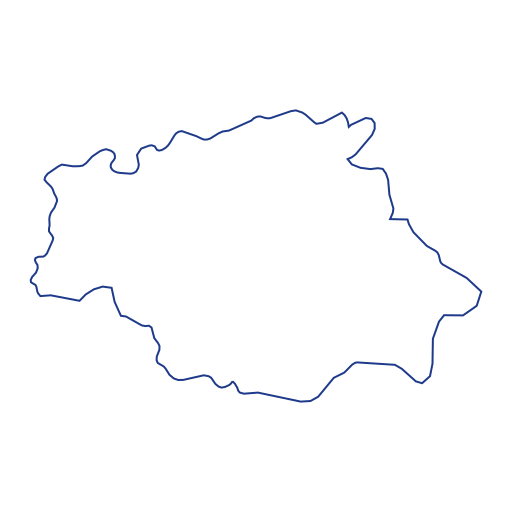 map outline of Gers (Robinson projection)
{"feature_id": "FRA-5294", "entity_name": "Gers", "entity_type": "Metropolitan department", "adm_level": 1, "iso_a3": "FRA", "parent_name": "France", "parent_adm1": "", "projection": "robinson", "projection_center": [0.302, 43.692], "detail": "fine", "context": "isolated", "style": "outline", "palette": "blue", "viewbox_px": 512, "rotation_deg": 0, "n_neighbors": 0, "source": "natural_earth", "source_scale": "10m", "svg_char_len": 2548}
<svg xmlns="http://www.w3.org/2000/svg" viewBox="0 0 512 512"><path d="M145.5,326.1L141.7,325.4L126.0,316.5L120.9,315.8L114.6,301.8L111.6,287.8L102.7,286.6L93.9,289.3L85.8,294.4L79.5,300.8L50.7,295.3L40.4,296.1L38.1,293.3L37.3,291.5L36.4,286.9L35.5,285.0L31.0,282.3L30.7,280.0L32.1,277.0L36.0,272.6L37.7,268.3L37.5,265.1L35.8,262.4L34.9,260.0L35.5,258.1L38.4,256.8L43.3,256.6L44.9,255.7L47.0,253.3L52.7,240.4L53.2,238.0L52.2,235.7L50.4,233.4L49.0,231.3L49.0,228.7L49.6,225.3L49.3,219.2L49.7,216.1L51.0,212.6L54.5,207.6L57.0,201.1L56.8,198.7L55.7,196.2L54.3,193.7L52.6,189.0L51.1,186.7L46.5,182.2L44.5,179.7L45.2,176.9L47.7,173.7L58.3,166.4L61.9,164.6L72.9,166.3L78.9,166.2L82.7,165.6L86.2,163.1L92.2,156.5L99.8,151.3L102.9,150.0L106.2,149.2L110.8,150.7L113.0,152.1L114.5,154.0L114.9,156.1L114.9,158.1L113.9,159.9L111.5,162.9L110.7,165.0L110.8,167.3L112.0,169.4L113.4,170.7L115.0,171.6L117.4,172.5L119.9,172.9L130.5,173.7L133.3,173.2L136.1,171.6L138.2,168.0L138.8,164.7L137.0,155.0L139.8,150.7L141.2,148.6L149.3,145.6L151.7,145.3L154.7,146.3L157.0,149.9L159.1,150.6L161.9,150.0L165.6,147.8L168.1,145.4L169.9,142.9L174.6,135.2L176.3,133.2L178.8,131.7L181.8,131.1L196.2,136.1L202.1,138.9L204.2,139.6L207.1,139.5L210.3,138.5L218.3,133.5L222.6,131.5L228.9,130.6L251.3,120.6L253.9,118.2L257.1,116.7L260.3,116.4L264.7,117.8L267.4,118.3L270.2,118.2L291.1,111.1L295.9,110.4L302.2,112.5L305.5,114.6L314.3,122.4L316.4,123.8L322.8,122.7L341.9,112.6L344.6,115.1L346.6,118.3L348.0,122.3L348.8,126.9L351.1,124.8L365.7,118.0L371.5,118.9L374.6,123.0L374.7,128.9L372.0,135.0L355.7,154.3L351.9,157.2L347.6,159.1L351.8,164.4L360.5,167.8L370.4,169.1L377.9,168.2L382.7,168.9L386.0,173.6L388.1,179.9L389.4,194.7L393.4,208.5L392.8,212.8L390.1,219.1L407.5,219.5L408.9,224.1L413.4,232.2L426.9,246.0L435.5,250.9L437.4,252.5L438.8,255.2L440.2,261.1L441.1,262.9L442.6,264.4L466.7,278.0L481.3,291.6L476.7,305.8L463.0,315.4L444.1,315.2L439.0,321.6L432.9,338.7L432.5,363.7L430.0,376.2L422.1,383.2L415.9,381.4L401.8,368.8L394.9,364.8L356.9,362.4L354.9,362.9L352.0,364.8L344.3,372.6L333.8,377.8L318.2,396.7L310.5,401.0L300.7,401.6L258.0,392.6L243.9,393.7L239.7,392.5L238.2,390.6L237.3,387.8L234.9,383.7L233.0,381.8L231.9,382.1L231.0,383.5L229.3,385.0L225.1,386.9L221.7,387.6L218.6,386.6L215.4,383.9L211.1,377.7L208.6,376.2L203.7,375.3L183.3,379.9L178.3,380.0L173.7,378.4L169.5,374.8L165.5,368.5L163.8,366.5L157.7,362.9L156.6,360.2L156.8,356.5L159.4,349.8L159.5,346.0L158.2,343.3L154.3,338.1L151.5,327.5L148.9,325.7L145.5,326.1Z" fill="none" stroke="#1e3a8a" stroke-width="2"/></svg>